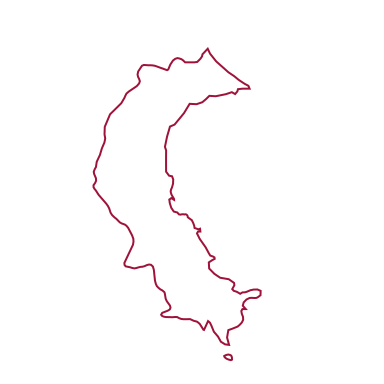 SVG path tracing the border of Kōchi, rotated 295°
{"feature_id": "JPN-1834", "entity_name": "Kōchi", "entity_type": "Prefecture", "adm_level": 1, "iso_a3": "JPN", "parent_name": "Japan", "parent_adm1": "", "projection": "mercator", "projection_center": [133.234, 33.28], "detail": "fine", "context": "isolated", "style": "outline", "palette": "rose", "viewbox_px": 384, "rotation_deg": 295, "n_neighbors": 0, "source": "natural_earth", "source_scale": "10m", "svg_char_len": 3141}
<svg xmlns="http://www.w3.org/2000/svg" viewBox="0 0 384 384"><g transform="rotate(295 192 192)"><path d="M328.5,145.7L325.0,149.9L320.6,158.7L315.9,174.4L314.8,181.4L313.4,186.7L313.0,189.2L312.3,194.0L312.1,198.2L310.0,200.5L307.1,194.3L304.6,190.2L302.4,190.6L299.0,189.7L299.3,185.9L295.0,181.4L288.8,173.0L286.5,167.1L282.0,165.4L277.7,163.4L273.5,159.0L270.9,152.6L260.0,151.4L245.7,147.7L242.0,144.4L231.6,146.0L221.5,148.4L218.7,151.0L212.1,154.0L199.5,159.9L197.1,164.3L197.8,167.3L195.4,169.7L191.5,171.3L187.9,171.9L185.4,172.0L183.8,172.3L182.5,173.1L180.9,174.6L178.1,178.7L177.3,179.1L177.7,175.8L176.7,175.3L175.6,174.6L172.5,176.6L168.9,179.9L166.6,183.7L167.2,187.4L166.2,189.6L166.6,191.1L167.6,192.4L168.2,193.7L168.4,194.6L169.0,195.3L169.2,196.2L168.9,197.5L168.3,198.2L167.5,198.7L167.2,199.4L166.4,203.7L164.5,206.1L162.3,208.3L160.5,209.5L160.9,213.6L162.1,214.8L159.7,216.3L158.7,214.2L156.6,214.0L152.7,218.9L147.6,227.8L143.7,233.0L142.1,235.4L142.4,238.3L142.2,240.0L141.0,240.8L138.6,239.0L135.3,237.0L129.9,239.9L127.3,246.8L126.2,253.8L128.5,262.2L127.4,268.5L125.5,269.8L121.0,269.5L120.1,271.6L120.5,274.8L120.1,278.7L122.3,280.1L123.4,282.3L124.7,283.8L127.7,286.5L129.7,289.2L131.3,292.5L131.4,296.0L127.4,297.7L124.6,296.2L123.4,295.3L122.6,294.0L121.1,290.4L120.3,289.0L117.6,286.8L113.8,285.5L110.4,286.1L108.6,290.2L107.2,287.2L105.0,287.0L102.7,288.6L100.5,290.9L97.8,292.4L94.6,292.3L91.6,291.3L89.3,290.2L85.0,286.2L82.2,283.3L74.9,285.3L69.1,290.2L67.9,286.4L68.5,281.5L72.0,276.6L74.6,270.9L79.3,265.8L81.2,263.4L81.8,261.1L71.1,261.2L71.6,261.2L75.6,255.0L76.2,253.2L76.6,251.2L76.0,247.9L76.0,244.1L73.1,238.0L72.4,235.8L72.2,233.8L72.4,231.5L71.6,229.5L70.4,227.5L67.6,221.1L67.1,219.1L67.0,217.4L67.7,215.9L69.9,216.1L74.3,220.3L76.2,221.5L78.1,221.4L79.7,220.1L82.4,215.3L84.2,213.2L88.2,210.5L89.5,209.4L89.9,208.1L90.3,206.4L90.4,204.4L91.0,202.1L91.8,200.0L93.5,198.0L96.2,195.8L105.2,190.4L107.9,188.1L108.7,185.6L108.1,183.7L106.7,182.0L104.8,180.4L103.4,178.8L102.4,177.0L101.2,175.5L99.7,173.8L98.4,172.1L97.9,169.9L97.6,167.6L96.6,163.4L97.3,161.8L99.1,160.7L119.3,160.8L122.4,159.9L124.8,158.6L127.4,156.0L132.6,149.2L133.7,146.8L134.1,144.9L133.8,141.4L134.0,139.3L135.7,134.8L136.3,132.3L137.3,129.4L138.8,127.0L142.1,123.9L143.8,121.7L145.2,119.2L150.0,108.5L152.8,104.1L153.7,102.2L154.8,100.7L156.5,99.9L159.5,100.4L161.7,100.3L163.8,99.2L167.0,95.7L168.8,94.4L171.5,94.2L174.0,94.4L179.1,92.9L186.7,92.9L193.4,91.9L199.9,91.7L203.9,90.7L207.2,88.4L214.2,85.4L227.8,84.9L242.6,90.4L249.0,91.0L250.7,90.9L253.5,91.0L256.4,92.3L264.6,97.2L268.0,98.2L270.4,97.9L272.2,96.2L273.6,94.4L275.5,93.0L278.4,92.3L285.3,93.3L286.8,94.7L288.3,98.6L289.3,100.8L290.1,102.8L290.7,105.0L291.9,117.9L293.0,118.7L298.3,118.5L303.1,119.2L305.6,120.5L307.2,122.2L307.7,124.3L307.9,126.3L307.6,128.1L306.6,131.0L310.6,139.5L312.1,141.8L316.3,143.3L319.1,143.8L321.2,143.3L328.5,145.7ZM58.9,292.1L60.0,293.5L60.4,295.2L60.3,296.7L59.1,298.0L57.0,299.1L56.0,298.3L55.6,295.9L55.5,293.6L56.1,291.4L56.9,290.5L57.8,291.1L58.3,291.5L58.9,292.1Z" fill="none" stroke="#9f1239" stroke-width="2"/></g></svg>